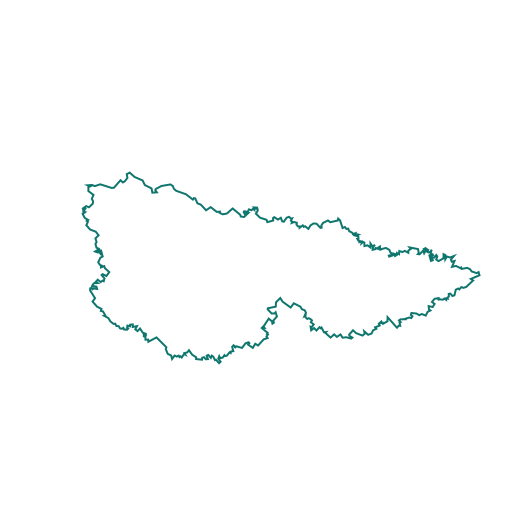 outline of Dinajpur, Rangpur, Bangladesh, rotated 317°
{"feature_id": "16705992B66423446659680", "entity_name": "Dinajpur", "entity_type": "district", "adm_level": 2, "iso_a3": "BGD", "parent_name": "Bangladesh", "parent_adm1": "Rangpur", "projection": "natural_earth1", "projection_center": [88.877, 25.643], "detail": "fine", "context": "isolated", "style": "outline", "palette": "teal", "viewbox_px": 512, "rotation_deg": 317, "n_neighbors": 0, "source": "geoboundaries", "source_scale": "gbopen_adm2", "svg_char_len": 6158}
<svg xmlns="http://www.w3.org/2000/svg" viewBox="0 0 512 512"><g transform="rotate(317 256 256)"><path d="M184.6,92.3L181.1,89.5L182.0,91.9L180.5,91.2L177.7,94.2L178.8,100.5L174.9,102.2L174.1,105.0L172.3,106.4L167.1,106.5L165.8,103.7L161.8,103.2L161.6,104.2L164.5,105.1L161.9,105.0L160.9,106.6L160.5,105.2L159.7,106.2L160.6,107.3L158.0,106.9L156.7,111.3L157.8,115.2L156.1,115.0L156.3,116.4L152.9,117.8L152.7,123.5L155.4,128.9L155.0,133.5L150.6,133.6L148.9,137.1L146.8,137.7L145.0,141.2L146.1,143.7L145.4,147.0L144.9,143.7L141.4,143.0L142.3,144.8L142.8,143.9L143.9,144.4L143.8,148.6L145.7,147.7L143.5,151.8L141.1,151.1L136.3,153.0L135.8,156.1L137.1,158.9L135.7,157.7L134.8,158.6L138.1,159.9L137.2,161.8L137.7,167.7L132.9,168.6L131.5,164.7L130.1,164.6L129.9,169.1L127.4,170.6L127.0,169.4L124.6,169.1L124.1,165.4L121.3,165.6L121.7,167.7L119.2,165.5L117.2,165.6L115.7,166.2L118.4,169.5L117.3,171.7L115.2,169.0L113.7,168.8L114.1,167.2L112.7,166.6L111.2,168.0L109.5,177.1L105.4,177.9L105.2,184.7L106.9,189.3L105.1,190.4L106.3,192.3L105.2,196.8L104.2,196.2L105.7,200.8L104.9,204.5L105.5,208.5L106.9,209.5L106.2,211.9L107.7,213.7L107.2,216.1L108.3,217.8L110.0,218.1L109.4,219.8L111.5,222.0L113.1,221.8L112.8,220.5L114.6,219.9L114.0,218.4L116.0,221.6L117.1,220.4L119.2,222.0L117.5,223.9L121.1,226.1L117.7,227.3L118.1,230.1L121.7,229.9L120.9,234.9L122.4,237.8L121.5,238.7L120.3,237.0L119.2,238.2L119.9,239.8L118.1,241.8L120.1,243.6L118.8,245.3L127.7,247.7L128.2,261.6L126.5,262.6L124.7,267.4L126.1,270.9L124.4,274.1L128.6,273.3L129.4,275.5L131.5,276.1L131.1,277.8L132.5,278.0L132.5,279.6L136.5,278.6L137.0,279.9L137.4,278.2L139.9,279.6L142.7,279.2L142.0,284.8L143.2,289.2L141.9,290.5L145.8,295.0L147.3,293.7L149.0,294.6L148.9,297.3L150.5,298.6L151.9,295.3L153.6,295.8L153.5,299.7L155.7,298.7L156.1,300.5L155.0,304.2L156.0,304.6L155.9,309.2L158.0,309.2L158.5,305.3L160.8,304.2L160.2,306.4L162.5,307.6L165.2,307.0L165.1,308.1L166.7,309.0L171.0,308.4L171.3,309.7L172.7,308.8L174.5,310.1L176.6,306.2L178.7,306.0L179.0,308.0L177.7,308.8L180.0,308.6L183.1,313.7L188.8,312.7L191.7,314.0L191.7,315.2L189.8,315.4L191.0,321.0L195.6,319.7L196.5,322.9L204.8,322.2L208.5,323.9L208.8,322.0L211.1,321.6L210.8,320.5L212.1,320.2L211.1,312.6L213.0,312.5L212.6,313.6L213.2,314.3L213.4,312.7L222.6,310.5L223.1,314.6L221.9,316.7L223.5,317.0L224.7,315.0L230.0,314.5L232.0,310.5L230.3,310.6L228.2,308.7L228.2,303.0L229.0,302.3L235.9,306.5L239.1,303.5L245.1,303.3L244.3,307.5L246.2,317.3L251.4,316.4L253.9,323.3L253.3,326.2L254.6,328.9L253.9,331.5L251.0,332.8L252.1,332.9L250.4,334.4L250.6,337.0L252.2,337.5L252.9,339.6L253.0,341.3L251.0,341.8L251.5,345.4L248.2,346.0L247.7,345.0L245.7,348.0L249.3,348.3L249.4,351.7L253.9,351.4L254.1,353.2L255.1,353.1L253.7,358.2L255.4,359.4L254.3,359.5L254.9,366.5L259.7,366.6L260.0,370.3L264.3,371.0L263.6,374.8L266.6,377.0L269.3,381.3L270.8,381.4L269.9,378.0L270.5,377.0L276.3,376.5L276.6,380.7L279.6,386.8L282.5,387.0L283.8,384.9L284.3,390.1L287.5,391.5L291.1,390.2L294.3,391.3L294.5,389.4L299.0,391.2L299.6,389.3L302.7,389.4L301.9,390.5L303.2,391.1L302.7,392.2L307.6,393.4L310.5,390.5L310.2,404.6L312.9,404.3L313.8,405.4L315.7,402.5L316.7,402.9L316.7,400.6L318.5,400.9L323.1,405.0L322.7,403.9L326.2,405.6L327.3,407.3L329.3,406.8L329.1,404.7L330.8,403.7L334.1,407.5L335.1,410.7L337.6,411.4L339.5,415.3L343.5,413.9L346.4,414.8L346.1,413.0L348.1,410.4L350.4,413.8L353.9,412.9L353.4,409.6L357.4,409.1L360.8,411.3L359.1,412.7L360.3,412.4L362.9,415.4L364.8,415.6L365.2,417.7L366.1,416.7L367.1,418.0L367.5,417.0L369.3,417.2L371.1,415.2L372.5,416.1L372.4,419.2L374.3,420.1L379.1,416.9L381.6,417.6L381.9,419.1L385.0,418.8L386.0,420.8L388.7,422.0L398.1,422.0L397.5,419.3L406.3,422.5L407.8,419.6L405.8,419.1L403.2,414.4L403.5,411.5L402.3,408.7L397.5,405.6L398.2,404.3L397.1,403.9L395.5,399.7L392.0,397.6L397.8,395.0L395.3,393.7L396.1,391.6L400.8,391.0L396.9,389.4L395.3,386.6L392.3,387.5L395.1,384.4L394.4,382.6L391.6,385.6L386.0,384.2L385.4,381.5L388.3,379.9L388.5,378.2L385.2,378.7L383.8,376.6L382.4,379.7L380.6,378.9L383.6,373.1L383.5,374.1L386.0,376.0L386.3,375.0L384.7,373.8L388.8,371.1L386.6,372.0L384.5,370.9L384.1,369.6L386.0,369.1L385.3,365.8L383.6,365.4L384.0,367.7L380.8,368.7L381.9,366.1L376.8,366.3L375.7,365.0L377.1,364.8L379.2,361.4L374.2,354.5L374.1,356.4L371.2,355.9L369.6,357.5L368.3,353.7L365.8,353.0L364.2,350.1L361.9,352.2L361.2,350.0L360.0,351.3L357.6,350.8L357.8,349.9L359.7,350.7L358.4,348.2L356.4,348.8L353.0,347.3L353.4,346.3L355.4,347.5L357.4,347.0L356.6,345.6L357.7,342.4L356.5,338.7L351.3,335.9L353.1,333.6L350.4,333.1L350.4,334.4L348.9,331.7L348.0,332.4L345.6,331.0L347.9,329.1L350.6,329.1L347.7,328.2L348.3,324.9L345.5,327.8L344.8,324.2L342.1,322.7L344.4,320.0L343.8,318.7L341.9,318.7L343.3,317.7L341.5,316.6L342.4,316.3L341.3,314.8L341.8,312.6L342.7,313.3L344.2,311.4L342.8,309.2L345.4,310.1L343.9,307.8L342.9,309.0L342.1,307.9L344.1,307.1L341.8,306.1L342.3,304.8L341.1,301.4L342.1,298.9L340.6,297.9L340.8,295.4L338.4,294.6L341.8,287.2L341.6,284.7L340.0,285.8L333.3,281.9L332.9,279.1L327.6,277.5L324.5,278.3L323.4,280.0L322.3,279.4L322.3,273.7L320.2,271.4L316.7,270.8L312.8,271.9L312.2,267.7L310.8,267.3L311.1,265.5L307.3,265.1L308.2,264.3L306.9,263.0L307.0,260.7L308.5,259.5L307.1,257.2L304.7,256.2L305.9,255.6L305.6,254.0L308.1,253.1L307.0,252.4L306.9,249.9L304.6,248.9L299.7,249.9L298.8,248.5L300.2,245.0L296.9,244.3L295.8,240.0L294.3,239.9L292.8,241.8L287.4,239.0L288.4,236.7L285.1,230.8L284.8,225.0L288.4,223.9L289.8,221.4L287.8,219.3L287.8,220.9L286.9,220.0L286.2,221.0L286.1,219.4L283.9,219.5L282.7,217.1L279.9,218.0L277.9,215.2L276.9,215.5L276.2,218.3L278.4,217.8L279.8,219.3L273.8,219.3L271.8,216.7L272.6,215.1L271.3,205.3L263.7,205.1L260.1,202.8L258.8,199.6L259.8,198.9L257.4,197.0L256.2,189.4L250.7,188.5L250.7,180.8L249.1,177.6L250.8,172.4L250.0,171.3L248.3,171.7L246.9,163.1L242.1,153.9L241.8,150.8L242.9,148.2L242.2,145.3L234.6,140.3L228.3,138.6L227.2,139.3L226.9,141.8L223.4,139.0L225.7,135.3L223.1,128.3L224.6,123.4L221.1,115.4L220.5,108.9L217.3,108.0L215.2,111.2L210.9,111.9L208.8,111.4L208.6,108.2L198.7,109.2L196.8,107.7L191.0,97.4L185.7,94.9L184.6,92.3Z" fill="none" stroke="#0f766e" stroke-width="2"/></g></svg>